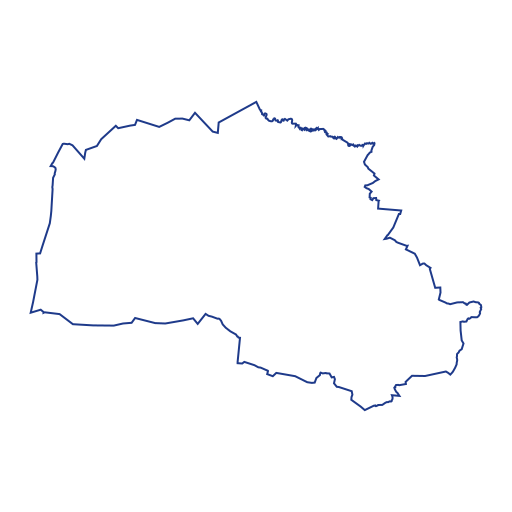 outline of Ķeipenes pag., Ogre, Latvia
{"feature_id": "27541924B50281047357310", "entity_name": "Ķeipenes pag.", "entity_type": "district", "adm_level": 2, "iso_a3": "LVA", "parent_name": "Latvia", "parent_adm1": "Ogre", "projection": "albers", "projection_center": [25.174, 56.905], "detail": "fine", "context": "isolated", "style": "outline", "palette": "blue", "viewbox_px": 512, "rotation_deg": 0, "n_neighbors": 0, "source": "geoboundaries", "source_scale": "gbopen_adm2", "svg_char_len": 6048}
<svg xmlns="http://www.w3.org/2000/svg" viewBox="0 0 512 512"><path d="M374.3,143.0L373.9,143.4L372.9,143.6L372.4,142.8L372.1,142.9L371.7,143.5L370.7,143.8L369.3,142.8L368.7,143.5L368.1,143.6L367.1,143.2L366.7,143.3L366.3,143.8L365.0,143.5L364.6,144.3L363.8,145.0L363.4,145.7L363.3,144.9L362.5,144.9L362.4,145.5L361.8,145.8L360.4,145.7L359.2,144.9L358.4,145.6L357.7,145.3L357.2,146.5L356.5,145.9L355.7,146.2L355.9,145.6L355.4,145.5L354.7,146.1L354.3,146.1L353.9,145.8L353.7,145.2L353.3,145.2L353.1,144.5L352.1,145.0L351.0,144.3L349.7,145.9L349.1,146.0L348.5,145.8L348.2,145.1L349.7,144.4L349.5,144.1L348.0,143.5L347.4,142.6L342.7,139.8L342.3,139.3L342.2,138.8L341.7,139.0L341.7,137.5L341.5,137.2L340.6,137.0L340.2,137.1L339.9,137.6L339.5,137.1L338.3,137.6L337.8,137.1L337.3,137.8L336.6,138.2L336.8,138.5L336.5,138.9L335.5,138.3L335.5,137.7L335.3,137.4L334.9,137.9L334.7,137.8L335.0,137.3L335.0,137.0L334.6,136.7L333.7,137.2L333.6,138.1L333.1,137.7L333.0,137.2L332.1,136.6L331.0,136.7L330.3,136.2L328.3,136.5L326.7,134.6L327.6,133.9L326.8,133.3L326.7,132.7L325.8,132.7L325.1,132.2L325.3,131.5L325.7,131.3L325.6,130.9L325.4,130.7L324.9,131.1L324.6,130.9L324.4,130.6L324.2,129.6L323.3,128.9L319.2,129.1L319.3,129.5L318.9,129.8L318.6,128.9L318.3,128.8L318.2,129.3L317.8,129.0L317.8,128.1L317.1,128.7L316.6,128.0L316.0,128.5L316.2,128.9L315.7,129.1L315.8,129.6L315.2,129.7L315.3,130.3L315.1,130.4L314.6,129.9L313.7,129.9L313.7,130.4L313.5,130.5L312.8,130.5L312.7,130.2L313.4,129.4L312.8,129.4L312.6,129.9L312.3,129.9L312.4,129.3L311.0,128.6L310.2,129.2L311.1,131.3L310.6,131.5L308.5,130.5L308.2,129.5L307.9,129.2L307.4,129.5L306.6,129.2L306.5,129.5L307.1,129.8L306.7,130.2L306.0,129.6L306.1,128.7L306.7,128.2L306.4,128.0L305.8,128.4L305.2,128.3L305.1,127.8L304.8,127.9L304.6,128.5L304.1,128.6L304.1,129.6L303.3,129.1L303.4,128.8L302.7,128.5L302.3,128.9L302.0,130.2L301.5,130.0L301.2,129.6L301.0,128.0L300.7,127.7L299.7,127.6L299.5,128.1L299.2,127.4L298.7,127.4L298.4,126.9L298.3,126.2L298.6,125.3L296.7,124.9L295.8,125.9L296.1,124.0L295.9,123.7L292.4,123.7L292.0,123.3L291.8,122.7L292.2,120.2L291.9,119.2L290.9,118.7L288.4,119.3L287.3,120.6L284.9,118.9L284.3,119.3L283.6,120.7L283.1,120.6L282.9,120.1L282.9,119.5L282.6,119.3L282.1,119.4L281.7,119.8L280.9,122.2L280.5,122.5L278.1,122.0L277.8,121.6L277.9,120.4L277.6,120.2L276.5,120.6L275.6,120.5L275.1,119.5L275.1,118.7L274.6,118.3L274.3,118.3L274.0,118.9L273.2,119.4L272.9,120.6L272.2,121.2L271.1,121.3L269.1,120.8L268.0,119.8L267.4,118.7L266.4,118.7L265.6,117.8L265.7,117.1L266.5,115.3L266.6,114.3L266.4,113.9L265.2,113.4L264.5,113.6L264.1,114.4L264.1,115.4L264.0,115.5L263.6,115.0L262.1,114.2L262.0,113.1L261.8,112.3L260.9,111.5L261.2,110.3L260.0,109.8L256.3,101.9L218.7,122.5L217.8,132.9L212.7,131.6L195.0,112.8L189.3,120.3L182.5,118.6L175.2,118.7L167.8,122.7L159.2,126.9L137.0,119.9L135.0,124.9L130.2,125.6L118.2,128.2L115.8,125.8L101.2,139.2L96.9,146.0L85.9,149.9L85.2,152.8L84.3,158.7L72.5,145.3L69.3,143.8L67.7,144.2L63.9,143.7L62.7,144.0L58.3,152.2L53.0,162.7L52.3,163.2L50.7,166.1L52.9,166.2L54.4,167.0L55.4,167.9L55.7,169.2L55.4,171.0L54.7,173.3L54.8,174.4L53.1,177.8L52.6,185.4L52.3,187.1L52.6,189.0L51.3,211.2L50.8,216.1L49.8,223.3L42.5,245.8L40.1,253.4L36.4,253.6L36.5,262.2L36.2,262.5L37.3,276.7L37.4,279.8L33.1,302.0L30.7,312.7L40.7,309.7L43.7,312.2L43.6,312.8L44.7,312.3L59.6,314.1L72.9,324.2L93.2,325.4L113.8,325.6L123.0,323.5L131.6,322.8L135.1,318.0L155.2,323.1L165.3,323.5L183.2,320.4L193.1,318.3L197.7,323.9L205.6,313.9L208.5,315.8L211.8,316.6L217.5,318.7L218.8,318.6L219.7,319.1L221.1,320.8L222.7,324.4L225.7,327.7L230.3,331.3L236.0,334.5L237.3,336.5L237.7,336.5L238.5,337.6L240.0,337.8L237.6,362.0L237.6,363.2L242.2,363.5L244.3,361.9L254.5,365.2L258.3,367.3L260.6,367.6L267.9,370.8L268.0,371.0L267.2,374.1L272.8,376.2L276.3,372.9L295.2,376.2L307.2,382.2L311.9,382.9L314.7,382.6L316.4,378.0L319.9,375.1L320.0,374.1L320.4,372.8L320.6,372.6L322.7,373.4L325.9,373.0L326.3,373.3L329.5,373.5L331.7,377.4L334.0,376.9L334.9,379.2L334.0,383.3L336.8,386.8L338.8,387.0L351.7,391.2L352.4,394.7L351.5,397.1L351.3,399.8L360.7,406.6L364.8,410.1L373.8,405.7L375.1,405.5L375.3,405.8L375.6,405.6L376.1,406.1L377.8,405.4L378.1,405.0L382.3,404.9L385.3,402.8L386.8,402.1L388.3,402.1L389.5,401.4L391.1,401.5L391.6,401.2L391.7,400.4L392.3,399.5L392.6,398.0L392.4,396.6L391.9,395.2L399.4,395.9L397.6,393.1L396.2,391.8L394.8,389.2L394.3,387.7L394.8,387.1L395.2,387.1L395.1,386.6L396.1,385.0L398.4,384.9L399.2,385.2L405.9,384.0L405.6,381.9L412.0,375.8L425.1,376.0L445.9,371.5L448.2,372.9L450.3,374.6L451.9,372.9L452.9,371.7L455.1,367.8L456.6,364.4L456.7,362.8L457.2,360.3L457.1,359.1L456.7,357.4L457.0,356.2L457.0,354.5L457.2,353.8L458.6,352.5L459.5,350.7L461.7,349.2L463.5,343.5L461.7,340.4L460.6,330.5L460.4,322.0L462.9,321.4L463.9,321.8L466.4,321.5L467.6,319.0L468.3,318.4L468.9,318.8L469.4,318.7L470.4,318.1L471.4,317.1L476.0,317.3L477.2,317.2L478.1,316.5L479.0,315.5L480.0,313.6L480.1,313.0L479.8,312.5L479.8,311.9L481.2,309.1L480.7,307.7L481.3,307.2L481.2,306.4L480.9,305.0L479.1,303.6L478.9,302.8L478.0,302.4L475.6,302.2L473.6,301.5L469.4,302.5L466.9,304.9L466.4,304.7L466.3,304.1L465.5,303.8L465.5,303.5L464.5,303.3L463.0,302.2L457.2,302.4L450.1,304.2L448.6,303.6L446.9,303.4L445.6,302.6L439.3,299.9L438.8,299.5L440.5,292.6L440.3,287.5L435.2,287.8L429.8,268.9L430.5,267.9L426.2,265.2L424.4,263.5L423.0,263.5L420.0,265.2L417.0,257.6L414.8,253.7L405.9,249.4L407.5,245.8L406.8,245.9L398.2,242.8L396.4,242.0L394.8,240.2L389.9,237.7L386.6,238.7L384.7,239.0L387.4,235.2L387.8,235.1L393.3,227.5L398.9,214.0L400.2,214.0L401.2,210.5L378.1,208.6L378.6,201.2L378.9,200.7L376.3,200.1L376.1,198.0L373.4,198.2L372.2,200.1L370.5,199.2L370.7,197.8L369.6,197.4L369.8,193.7L371.6,191.6L368.7,189.0L366.5,188.2L364.7,186.9L365.3,185.4L367.3,185.3L372.8,183.0L375.2,181.1L378.6,179.4L373.9,175.5L374.5,173.6L368.3,168.6L367.8,167.2L364.9,164.5L364.0,161.8L367.8,154.8L368.1,154.7L369.8,152.6L371.5,151.8L371.4,150.5L372.7,146.8L374.2,145.0L374.5,143.2L374.3,143.0Z" fill="none" stroke="#1e3a8a" stroke-width="2"/></svg>